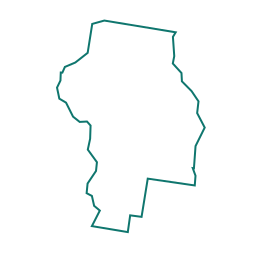 Berrien, Georgia, United States of America, rotated 8°
{"feature_id": "52423323B24042566063234", "entity_name": "Berrien", "entity_type": "district", "adm_level": 2, "iso_a3": "USA", "parent_name": "United States of America", "parent_adm1": "Georgia", "projection": "natural_earth1", "projection_center": [-83.246, 31.251], "detail": "fine", "context": "isolated", "style": "outline", "palette": "teal", "viewbox_px": 256, "rotation_deg": 8, "n_neighbors": 0, "source": "geoboundaries", "source_scale": "gbopen_adm2", "svg_char_len": 668}
<svg xmlns="http://www.w3.org/2000/svg" viewBox="0 0 256 256"><g transform="rotate(8 128 128)"><path d="M198.9,158.7L197.4,136.5L203.9,116.9L194.4,103.6L194.1,91.8L185.8,82.6L174.9,74.3L173.3,66.1L163.4,57.9L163.8,50.4L159.8,31.5L161.9,26.6L89.6,24.9L78.1,29.9L77.6,59.2L66.7,70.5L57.0,76.3L55.3,82.3L53.7,82.4L54.5,90.4L52.1,97.9L55.9,108.5L63.1,111.5L72.0,124.4L79.3,128.7L86.5,127.3L90.6,130.8L92.0,143.9L91.2,155.0L102.0,166.2L102.3,175.0L95.7,188.6L96.1,198.3L101.7,200.3L105.3,209.8L111.6,213.7L105.9,230.2L142.3,231.1L142.3,214.2L153.8,214.1L154.6,175.4L202.1,175.6L201.5,165.9L197.7,158.7L198.9,158.7Z" fill="none" stroke="#0f766e" stroke-width="2"/></g></svg>